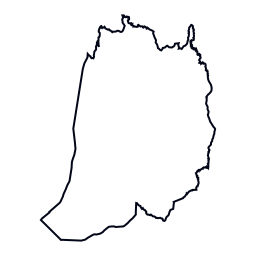 the district of Santa Rosa, Bolívar, Colombia
{"feature_id": "7082276B66298058490333", "entity_name": "Santa Rosa", "entity_type": "district", "adm_level": 2, "iso_a3": "COL", "parent_name": "Colombia", "parent_adm1": "Bolívar", "projection": "equal_earth", "projection_center": [-75.336, 10.472], "detail": "fine", "context": "isolated", "style": "outline", "palette": "ink", "viewbox_px": 256, "rotation_deg": 0, "n_neighbors": 0, "source": "geoboundaries", "source_scale": "gbopen_adm2", "svg_char_len": 5743}
<svg xmlns="http://www.w3.org/2000/svg" viewBox="0 0 256 256"><path d="M122.4,15.4L123.0,16.9L123.1,17.6L122.9,18.2L122.4,18.8L122.2,19.7L122.6,21.4L122.6,22.6L124.7,25.7L123.4,29.5L122.5,31.2L121.5,31.9L120.4,31.9L118.6,30.8L117.2,30.8L116.4,31.4L113.2,31.8L112.6,31.6L112.2,32.1L110.5,30.5L109.5,30.3L109.3,29.7L108.9,29.3L107.7,29.6L105.4,28.4L104.5,26.8L103.7,27.5L102.8,27.5L102.3,27.9L101.4,26.1L100.8,26.3L100.7,26.6L101.0,27.2L100.8,27.7L99.9,27.5L99.2,29.1L98.7,31.1L98.8,31.9L99.6,32.6L99.8,33.1L99.7,35.9L99.2,37.1L98.5,37.4L98.5,40.4L98.1,40.8L98.5,42.2L98.5,44.8L99.1,46.9L98.2,44.9L98.3,42.2L97.9,40.9L97.7,41.0L97.3,42.1L96.9,42.4L97.0,43.4L96.5,45.9L96.0,46.4L96.1,49.1L95.6,50.3L95.0,50.7L94.4,51.6L93.8,55.8L94.0,56.4L94.0,56.9L93.4,58.3L92.6,58.0L91.9,58.2L91.6,57.8L91.1,57.8L90.4,56.3L89.3,55.7L87.7,53.9L87.4,57.6L84.4,63.3L82.8,68.9L73.3,128.6L74.9,142.3L75.5,148.9L74.3,154.9L72.8,159.0L71.9,162.1L71.6,167.8L69.5,181.2L67.2,185.5L65.8,189.2L63.5,194.2L62.9,196.5L60.5,201.7L59.8,202.7L57.3,204.9L49.3,211.9L49.5,212.4L42.0,218.5L40.9,220.0L61.1,240.0L61.9,239.8L81.3,240.6L85.3,239.6L87.8,237.8L93.3,234.6L94.6,234.3L96.5,234.5L100.3,233.6L103.0,231.9L104.4,230.3L108.6,226.9L110.9,226.5L114.0,226.4L115.8,227.0L123.4,226.4L124.3,225.9L127.7,223.1L129.9,220.7L132.8,218.1L135.8,214.6L135.8,211.9L136.2,203.0L137.2,203.3L137.9,204.5L139.0,205.5L140.4,206.0L140.8,207.3L142.0,208.9L142.8,208.1L143.2,208.9L144.4,210.0L145.1,210.2L145.6,211.0L146.0,211.2L146.3,211.8L146.3,212.2L146.1,212.6L146.3,213.5L147.4,214.6L148.6,214.6L149.4,215.0L150.0,214.9L150.2,215.1L150.9,214.6L152.9,216.3L153.9,216.3L155.2,216.9L156.1,218.0L157.0,217.8L157.9,218.2L160.3,217.8L161.5,218.6L162.4,218.6L162.7,219.1L162.9,220.1L163.2,220.6L164.5,220.9L165.3,220.2L166.4,217.2L168.6,215.1L169.5,212.0L170.3,210.1L171.0,209.7L173.2,208.9L173.9,202.6L173.7,201.9L183.2,198.1L183.5,197.4L184.9,196.5L186.2,194.4L186.8,194.3L186.8,193.3L187.3,193.6L189.0,191.6L190.8,190.6L191.7,190.5L192.1,190.1L192.6,190.3L193.1,189.8L193.8,190.0L194.6,189.8L196.4,189.8L196.2,187.7L197.1,186.2L197.6,186.2L198.6,183.1L198.6,182.1L198.3,181.2L198.2,179.8L197.8,179.4L197.8,178.9L198.2,178.7L197.8,178.1L198.1,177.5L196.9,177.0L196.9,175.8L197.1,175.6L196.5,175.1L196.4,174.3L195.9,173.1L196.8,172.4L197.0,171.7L197.5,170.9L197.9,170.6L198.7,171.1L198.9,169.9L199.8,169.9L200.1,170.2L200.4,169.8L201.4,169.1L202.4,168.6L202.8,168.7L203.0,167.8L203.9,167.3L204.9,167.7L205.8,167.2L206.1,167.4L206.2,166.8L206.5,166.7L206.6,166.8L206.6,167.4L206.9,167.4L207.0,166.8L207.2,167.0L207.2,167.8L207.6,168.0L207.7,167.3L207.9,167.3L208.2,167.7L208.4,165.6L208.0,164.2L208.3,164.2L208.4,163.7L208.1,163.3L208.6,162.3L208.4,160.7L208.8,160.0L208.4,159.1L208.9,159.1L209.0,158.8L208.8,158.6L207.9,155.4L208.4,152.8L208.4,152.3L208.8,152.4L209.0,151.6L209.0,150.7L209.5,150.0L208.9,149.3L208.4,147.8L208.8,146.9L210.7,144.9L211.0,144.4L211.0,142.7L212.1,141.1L212.3,139.4L213.1,138.1L213.6,135.5L214.3,133.9L214.4,131.9L215.1,129.4L215.1,128.9L214.5,127.9L213.4,126.7L210.2,121.6L209.1,118.2L208.4,116.8L207.8,114.7L208.2,113.9L208.6,111.6L207.6,109.3L207.6,106.7L206.4,104.5L206.1,103.4L206.7,100.4L206.6,98.7L206.8,97.5L206.3,97.0L206.4,96.8L208.1,94.6L209.4,93.5L210.9,91.7L211.4,90.8L211.7,88.0L211.0,84.9L208.9,81.3L208.2,79.5L207.8,76.9L208.1,75.4L207.7,75.1L207.6,74.2L207.6,73.6L207.8,73.5L207.6,73.0L207.6,71.3L207.3,71.3L207.1,70.6L206.5,70.8L205.8,70.1L206.0,68.7L205.8,67.6L205.3,66.7L205.7,65.9L205.5,64.2L204.7,63.5L203.5,63.7L203.4,63.0L202.9,62.5L202.7,63.0L201.9,62.9L201.0,63.8L200.5,62.5L199.7,62.9L199.3,62.8L200.0,61.7L199.6,60.4L199.1,60.0L200.0,58.4L200.4,58.3L200.6,57.6L200.2,55.8L200.3,54.9L200.0,54.6L199.8,55.7L199.5,55.1L199.7,54.9L199.3,54.6L199.2,54.9L198.7,54.1L198.3,54.4L198.0,54.9L197.7,54.9L197.4,54.5L197.5,53.0L197.2,52.3L197.3,51.5L196.8,51.2L196.8,50.7L196.6,50.3L195.9,50.9L195.6,50.4L195.9,50.2L195.9,49.8L196.3,49.7L196.4,49.4L196.0,48.4L195.4,48.6L195.0,48.5L194.7,49.3L194.0,49.3L193.9,49.0L194.1,48.5L193.9,48.2L193.6,48.5L193.5,48.0L193.0,47.9L192.3,48.5L191.6,47.9L191.5,47.6L192.1,46.7L192.1,46.3L191.0,46.4L190.8,46.2L190.9,45.3L191.5,45.3L191.8,44.7L190.7,44.1L190.6,43.7L191.2,42.7L190.5,42.2L190.4,41.5L190.8,41.5L190.9,40.9L191.4,40.9L191.6,40.2L192.4,40.4L193.6,40.0L193.8,39.8L193.7,39.1L193.9,38.5L193.3,37.8L193.8,37.3L194.0,36.1L193.7,34.0L194.1,33.4L193.5,31.8L193.4,30.7L193.5,30.4L193.8,30.5L193.9,30.3L193.7,29.1L193.1,28.8L192.8,28.3L193.0,27.0L192.8,26.0L192.3,25.4L191.3,24.9L190.9,25.2L190.7,26.0L189.2,27.5L189.1,29.0L188.9,29.9L188.5,30.7L188.5,31.1L189.0,31.7L189.1,32.2L188.6,32.9L188.5,33.2L188.9,33.6L188.9,35.0L188.7,36.3L188.0,37.7L188.3,39.4L187.6,41.1L187.2,43.1L186.8,44.1L185.8,45.0L185.4,45.6L184.4,45.9L183.5,46.4L181.8,48.8L181.6,49.0L180.8,48.5L179.9,48.2L178.8,48.6L179.1,47.4L178.5,46.1L178.2,44.5L178.7,43.2L175.0,43.7L174.4,45.7L173.5,46.6L172.6,46.9L172.0,47.5L169.2,47.3L167.3,45.7L166.9,45.8L164.7,47.6L162.8,47.9L162.6,48.7L161.3,50.4L160.0,49.9L159.1,48.8L157.9,48.1L157.7,46.5L157.0,44.4L155.7,42.5L156.0,40.2L154.6,37.4L153.1,33.2L153.6,31.6L152.4,30.7L149.3,29.3L148.2,28.2L146.8,28.6L146.8,27.7L146.3,27.9L145.4,26.9L144.5,26.4L144.2,26.5L143.5,27.6L143.2,27.6L142.9,27.3L142.8,26.6L141.8,26.3L140.5,26.5L138.4,24.9L138.2,25.1L138.4,25.8L138.2,26.0L137.8,25.8L137.7,26.7L136.3,26.9L134.3,26.3L133.8,27.2L133.9,26.3L133.5,26.0L133.3,26.2L133.2,25.6L132.4,25.4L132.1,26.0L132.1,25.5L131.5,25.1L131.8,24.5L131.3,24.7L131.1,24.5L131.2,23.2L129.7,23.4L128.6,23.1L127.8,20.7L128.0,20.2L128.5,20.0L129.1,19.3L129.0,17.2L128.6,16.9L127.7,17.4L127.5,16.8L126.8,16.5L125.9,17.2L124.9,17.1L124.4,16.7L124.3,15.8L123.9,15.4L122.4,15.4Z" fill="none" stroke="#020617" stroke-width="2"/></svg>